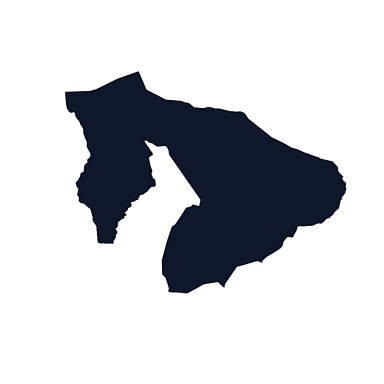 Santiago Laxopa, Oaxaca, Mexico (Natural Earth projection), rotated 105°
{"feature_id": "50627088B77723343468711", "entity_name": "Santiago Laxopa", "entity_type": "district", "adm_level": 2, "iso_a3": "MEX", "parent_name": "Mexico", "parent_adm1": "Oaxaca", "projection": "natural_earth1", "projection_center": [-96.318, 17.198], "detail": "fine", "context": "isolated", "style": "filled", "palette": "ink", "viewbox_px": 384, "rotation_deg": 105, "n_neighbors": 0, "source": "geoboundaries", "source_scale": "gbopen_adm2", "svg_char_len": 5414}
<svg xmlns="http://www.w3.org/2000/svg" viewBox="0 0 384 384"><g transform="rotate(105 192 192)"><path d="M293.7,188.4L293.8,187.3L291.5,177.1L291.0,173.4L290.8,172.1L290.3,170.4L277.3,156.9L271.5,143.8L275.1,136.8L272.3,137.0L252.1,129.9L248.5,123.5L241.0,111.3L241.2,110.0L241.2,109.7L241.4,106.7L240.4,107.2L235.0,103.7L226.1,95.2L222.7,92.4L220.7,91.4L216.0,91.4L210.5,89.2L209.8,87.5L209.2,83.5L201.7,81.7L197.4,81.8L196.1,78.2L195.9,76.4L193.6,70.2L192.9,67.5L189.8,63.5L189.2,62.9L188.6,62.5L188.4,61.9L188.9,61.4L188.4,60.2L188.4,59.3L188.1,59.4L187.8,58.8L186.6,58.4L186.1,57.5L185.3,57.0L184.1,56.8L183.6,56.2L182.1,55.2L181.3,53.5L180.4,52.5L179.2,52.8L178.7,51.7L177.8,51.0L176.5,50.4L176.3,50.3L174.3,49.9L173.3,49.1L173.0,49.2L172.0,48.2L171.4,48.2L170.7,47.5L170.1,47.0L169.8,46.7L169.3,46.5L168.9,46.6L168.5,46.6L167.4,46.8L166.7,46.8L166.2,46.8L164.8,46.8L163.5,46.8L162.9,46.9L162.1,47.2L161.8,47.2L160.1,46.1L159.7,46.1L159.1,46.8L158.3,46.7L154.9,45.0L154.3,45.2L153.4,44.7L153.2,44.4L152.0,44.5L151.6,44.8L149.5,44.5L149.1,44.7L148.7,44.6L148.0,45.3L147.8,45.9L147.6,46.1L147.3,46.1L146.5,46.3L146.4,45.9L145.8,45.6L143.6,46.5L143.3,47.5L143.2,48.0L143.0,48.7L142.0,49.7L141.9,50.5L141.0,50.4L139.7,51.4L139.1,51.3L138.5,51.1L138.3,50.8L137.3,52.6L136.6,53.9L135.9,54.6L135.7,55.5L135.4,56.1L134.9,56.3L133.5,56.9L132.7,57.6L131.5,57.7L130.9,57.9L129.7,59.5L129.7,60.2L128.8,61.0L128.3,61.8L128.0,62.8L127.5,63.5L126.9,63.8L126.8,64.5L127.2,76.4L126.4,79.0L126.4,82.2L125.6,90.4L125.4,93.6L124.1,101.8L124.2,106.8L121.6,116.8L119.2,129.3L108.6,153.7L107.0,157.4L105.5,158.7L102.7,162.2L102.5,165.0L102.2,165.6L103.9,170.6L103.9,171.9L104.8,176.3L105.1,188.0L106.3,191.3L105.9,193.5L106.4,198.6L107.6,200.2L108.7,202.2L109.4,205.7L109.9,209.7L110.6,211.7L107.8,217.5L107.6,219.5L108.0,222.1L107.5,225.8L107.5,226.0L110.3,241.2L110.3,241.3L105.6,262.8L90.2,275.0L102.4,292.8L118.0,310.6L121.4,316.2L128.6,339.6L135.0,337.4L141.8,334.6L143.4,333.7L144.4,332.7L145.8,331.0L146.1,329.3L144.9,327.5L145.1,325.3L146.7,324.3L148.0,324.1L149.4,322.7L150.4,321.7L152.0,319.3L153.2,318.0L154.9,317.0L156.3,315.4L158.3,313.2L160.0,312.3L161.8,312.0L163.7,311.2L164.8,310.3L165.2,309.9L165.6,309.7L166.9,308.9L168.5,307.7L170.1,306.1L172.3,305.4L174.9,304.8L176.5,303.6L178.5,301.5L180.2,300.0L181.6,299.1L182.9,298.9L184.3,298.6L186.0,299.5L188.2,300.9L188.8,300.1L190.8,300.0L192.5,301.3L194.9,302.1L198.7,301.4L200.6,301.1L201.2,301.6L202.8,303.6L203.7,303.7L205.8,303.3L208.7,304.2L210.1,304.5L213.1,306.0L214.5,305.4L216.0,304.4L217.1,303.3L217.9,302.0L218.7,301.5L220.6,301.7L222.4,301.5L223.6,301.8L224.6,301.0L225.7,299.5L226.6,298.8L228.3,298.7L229.6,298.5L230.3,297.4L230.7,295.9L230.4,293.9L231.2,291.7L232.4,289.5L233.2,287.5L234.0,285.5L236.1,284.0L239.2,282.3L242.3,280.4L244.2,280.3L246.4,278.6L247.3,277.0L249.3,275.1L250.4,274.3L251.9,274.0L253.4,273.7L254.8,272.7L256.5,272.4L258.2,271.8L259.9,270.8L261.5,270.6L262.8,270.1L264.4,269.4L264.7,267.1L264.5,266.2L264.0,265.4L263.8,264.5L263.4,263.3L263.8,262.7L263.6,262.4L262.9,260.9L262.8,260.0L262.5,258.7L262.2,257.7L261.8,255.4L258.9,255.8L258.0,255.2L257.3,255.0L256.4,254.8L255.4,254.7L255.1,254.7L254.5,254.9L253.6,255.3L252.4,255.0L251.8,254.5L251.3,254.4L250.0,254.6L249.1,255.3L248.7,256.1L248.4,256.8L248.0,257.1L246.8,257.1L246.4,256.9L245.9,256.1L245.6,255.9L244.8,255.8L244.2,256.3L243.7,255.5L242.9,256.2L241.7,256.3L240.6,256.2L239.7,256.2L238.9,255.8L238.3,255.0L237.5,254.4L236.8,254.1L236.2,253.6L235.1,252.3L234.6,251.5L234.3,251.3L233.0,252.0L232.6,252.1L232.1,251.4L231.4,250.2L231.1,250.2L230.8,250.7L230.7,251.2L230.5,251.8L229.4,252.3L228.3,252.3L228.0,252.1L227.7,251.5L227.3,251.1L226.6,250.6L225.4,250.2L224.7,250.2L224.0,250.5L223.7,250.5L223.2,249.8L222.6,248.7L222.3,248.3L221.3,247.8L220.8,247.6L220.3,247.8L219.6,248.1L218.9,248.6L218.1,249.7L217.7,249.6L217.3,249.2L216.5,247.8L216.0,246.8L215.5,245.6L214.5,244.9L213.7,244.5L213.4,244.1L213.5,243.5L213.3,243.1L212.6,242.7L212.1,242.7L211.4,242.8L210.5,242.6L209.9,242.3L209.1,242.1L208.6,242.3L208.1,242.1L207.6,241.6L207.2,240.5L206.8,239.5L206.4,238.8L205.6,238.4L205.0,237.9L204.0,237.0L203.3,236.7L202.9,236.2L202.6,235.8L202.1,235.6L201.6,235.5L200.9,235.2L200.3,234.8L199.9,234.7L199.2,234.4L198.6,234.0L197.9,233.5L197.4,233.4L196.9,232.8L196.5,232.3L196.3,232.0L196.3,231.3L196.4,230.9L196.2,230.4L195.8,229.9L195.3,229.7L194.6,229.6L194.1,229.7L193.4,229.9L193.1,230.3L192.4,230.6L191.9,231.0L191.4,230.8L190.9,230.8L190.7,231.2L190.1,231.6L189.8,232.0L189.5,232.6L189.4,233.3L189.0,234.3L188.5,234.5L187.8,234.6L187.2,235.2L185.9,236.3L185.1,236.3L184.1,236.8L183.6,236.6L182.7,236.3L181.8,236.7L180.3,237.8L178.5,239.0L177.3,239.8L175.2,240.8L172.9,241.9L172.4,242.2L172.1,242.4L171.5,242.6L169.8,243.4L169.3,243.1L168.4,242.3L167.4,241.6L166.9,241.1L166.0,240.2L165.6,240.5L164.9,240.9L164.3,241.5L163.9,242.2L163.5,242.8L163.2,243.6L162.1,244.4L160.6,245.7L159.3,247.9L158.1,248.9L156.8,250.7L155.7,251.8L153.0,250.8L154.1,247.3L154.7,245.6L154.6,242.2L155.7,240.0L156.4,237.2L155.3,234.1L154.4,232.3L153.8,229.5L154.6,227.3L155.9,226.2L156.7,225.5L157.8,224.6L159.4,224.0L160.5,223.6L161.3,223.3L165.6,218.3L197.0,181.0L204.5,180.7L204.6,187.8L206.7,188.5L209.1,192.9L228.1,199.2L231.0,201.8L247.0,202.8L265.8,202.7L278.9,198.8L281.3,194.7L291.2,188.4L293.0,188.8L293.7,188.4Z" fill="#0f172a" stroke="#020617" stroke-width="1.5"/></g></svg>